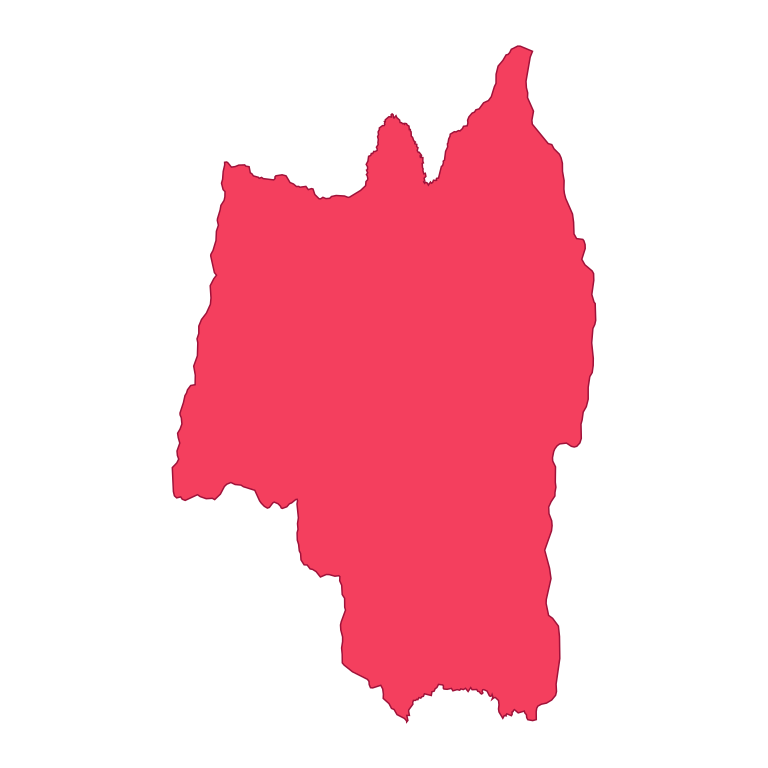 outline of Santa Fe De Antioquia, Antioquia, Colombia
{"feature_id": "7082276B62917896081340", "entity_name": "Santa Fe De Antioquia", "entity_type": "district", "adm_level": 2, "iso_a3": "COL", "parent_name": "Colombia", "parent_adm1": "Antioquia", "projection": "equal_earth", "projection_center": [-75.913, 6.54], "detail": "fine", "context": "isolated", "style": "filled", "palette": "rose", "viewbox_px": 768, "rotation_deg": 0, "n_neighbors": 0, "source": "geoboundaries", "source_scale": "gbopen_adm2", "svg_char_len": 6090}
<svg xmlns="http://www.w3.org/2000/svg" viewBox="0 0 768 768"><path d="M588.2,387.3L589.8,376.6L592.2,372.6L593.2,365.5L593.3,358.4L591.7,342.9L592.9,328.5L594.8,324.5L595.7,320.4L595.2,303.6L594.0,302.0L591.8,294.5L593.8,280.4L593.6,273.6L592.2,271.0L584.9,264.8L581.8,259.3L585.2,248.6L585.1,244.6L583.9,240.8L582.8,239.4L576.6,238.6L574.0,233.9L573.6,222.2L572.5,214.0L565.7,198.5L564.4,193.4L563.9,189.1L564.1,180.6L562.5,171.3L562.4,163.2L561.1,157.9L559.4,154.2L554.0,148.8L551.8,144.6L548.2,143.6L532.3,124.2L531.9,120.2L533.5,111.2L527.5,97.6L527.7,92.9L526.4,87.7L526.0,81.3L530.2,57.1L532.5,51.3L520.3,46.2L517.7,46.1L511.3,49.3L509.7,52.6L508.1,54.4L506.1,54.9L502.9,60.4L498.1,66.1L496.1,74.2L496.0,83.4L494.4,86.6L491.3,96.7L488.4,100.6L483.6,102.8L479.1,108.9L475.9,109.8L474.5,112.1L472.1,113.1L468.9,116.9L467.6,120.2L467.9,123.0L467.2,125.8L463.5,126.3L462.5,128.5L460.0,130.9L458.4,130.6L456.1,131.9L454.3,131.7L450.2,134.2L450.0,136.3L448.7,138.9L448.0,143.0L447.4,143.8L447.7,146.9L445.6,151.3L444.5,160.1L443.2,161.2L443.4,162.8L442.6,165.6L441.4,166.4L438.5,178.1L436.7,178.3L436.3,179.0L436.6,180.2L436.0,180.5L433.5,180.2L432.6,182.5L431.4,183.2L430.5,182.0L428.4,185.1L427.4,183.1L425.5,182.2L424.7,183.3L423.6,181.8L424.7,180.6L424.1,178.2L425.9,176.4L425.3,173.3L423.8,173.8L422.9,170.7L423.1,168.8L422.5,167.7L422.2,163.4L423.4,162.9L422.8,161.2L422.9,157.6L420.4,157.4L420.1,156.0L421.4,156.0L421.5,155.3L419.2,152.3L418.3,152.4L417.2,150.5L418.0,147.7L416.6,146.6L416.8,144.4L414.8,143.7L414.7,142.8L415.4,142.1L413.7,140.7L412.6,137.4L411.3,136.1L411.1,131.8L410.5,131.2L410.3,129.5L409.3,129.6L409.0,126.1L407.3,125.1L406.5,123.7L405.0,123.4L404.4,124.2L404.0,123.5L402.6,123.7L401.6,122.7L400.1,122.5L399.6,120.1L396.8,117.6L396.0,115.7L394.0,118.0L393.5,117.4L393.1,114.7L392.1,113.9L391.1,114.8L391.3,117.0L388.9,116.7L385.3,119.8L385.3,121.3L384.5,121.5L385.0,122.2L384.5,123.3L384.8,124.5L384.1,125.6L382.5,125.6L379.3,128.0L379.4,129.4L378.1,131.9L378.5,134.7L377.6,136.6L378.3,139.4L377.9,142.8L378.2,144.5L376.4,147.2L377.2,148.9L377.1,150.5L374.9,151.6L373.8,151.4L372.7,153.5L371.3,153.5L370.7,155.5L368.6,156.3L367.9,161.2L366.2,164.4L367.6,166.9L367.5,169.5L366.5,170.1L367.7,172.8L366.4,174.7L367.2,175.6L367.8,178.4L367.6,179.8L366.0,181.5L365.6,185.7L360.6,190.4L349.6,197.1L348.1,197.4L344.5,196.0L336.1,195.5L331.5,196.5L329.7,198.3L325.9,198.6L322.9,197.3L320.7,198.8L319.1,198.8L314.8,194.5L313.0,189.0L311.5,188.6L308.3,189.6L305.9,186.4L299.9,187.2L298.7,186.4L296.4,186.5L293.5,184.0L290.0,182.5L286.1,175.9L285.2,175.6L282.1,174.8L275.9,175.8L274.9,177.0L275.1,178.5L273.7,179.9L263.2,178.6L261.6,177.4L259.2,178.3L258.4,177.3L253.4,175.9L251.8,173.7L250.3,172.8L249.1,166.7L245.7,166.1L244.7,164.9L238.8,165.1L235.1,166.6L231.4,167.1L227.7,162.6L226.6,162.0L224.6,162.3L224.7,164.9L223.2,171.4L222.6,179.3L221.5,183.2L223.1,189.6L225.0,191.6L224.9,196.7L224.1,200.4L220.9,205.4L220.1,210.1L217.5,218.7L217.3,220.4L218.4,225.3L216.4,231.2L216.0,240.5L213.0,250.5L210.9,254.3L210.7,255.9L214.4,272.6L216.5,275.2L213.8,278.7L210.2,285.7L211.0,298.0L210.4,304.3L206.4,313.1L201.5,319.5L198.8,326.1L198.8,333.5L197.0,338.9L197.8,342.8L197.4,355.8L193.7,366.1L195.3,375.1L195.1,384.7L190.7,385.5L187.5,389.8L186.5,393.1L185.0,395.5L183.4,402.7L180.0,413.0L180.1,414.9L181.3,417.8L181.9,424.0L180.0,429.2L177.6,433.2L178.2,437.5L179.8,443.1L177.0,451.0L177.4,455.5L178.7,459.1L176.8,462.9L172.3,467.6L173.4,491.6L174.4,495.8L176.7,497.9L180.7,496.9L182.2,499.2L185.2,500.4L197.5,494.7L200.2,496.6L206.2,498.7L212.3,498.3L214.7,499.6L220.4,494.1L224.4,486.5L226.8,484.2L230.9,482.5L235.1,484.5L241.0,485.1L243.4,486.7L254.8,490.3L259.6,500.8L261.3,503.2L264.3,506.3L267.4,508.1L269.4,507.4L272.8,502.9L274.2,502.1L278.0,503.7L280.3,506.0L281.3,508.0L282.4,508.4L286.8,506.8L289.4,503.8L291.6,502.9L295.8,499.5L297.2,499.3L297.5,500.9L297.0,504.0L298.4,517.9L297.5,523.6L298.0,529.3L297.1,532.8L297.3,540.2L298.6,544.4L299.3,550.9L300.6,553.5L301.0,559.9L304.1,564.8L307.2,565.0L310.1,568.9L312.6,569.4L316.1,571.6L320.4,577.0L326.3,574.5L329.3,574.6L334.9,576.2L338.8,575.7L339.9,576.6L339.7,580.8L341.7,585.3L342.2,594.5L344.6,598.3L344.7,607.2L345.5,610.1L341.2,621.9L340.5,625.0L340.8,630.0L342.6,636.9L342.6,641.6L341.6,648.0L342.2,654.5L342.3,662.9L344.2,665.2L352.5,671.8L367.4,679.3L369.0,681.4L369.2,684.6L370.5,687.7L372.7,687.9L380.8,685.3L382.7,688.9L383.4,694.2L383.2,698.4L389.0,703.6L391.5,708.4L394.1,709.5L397.0,714.6L404.4,718.4L406.6,720.9L406.7,721.9L407.9,720.4L406.8,715.4L409.4,715.4L408.6,711.1L408.8,709.8L412.9,704.2L412.7,702.6L413.4,700.4L415.5,700.4L416.8,699.3L417.8,699.7L418.9,697.6L420.8,698.1L421.6,696.9L423.4,696.3L424.4,693.8L431.3,695.5L431.9,691.8L434.2,691.1L435.1,688.8L436.9,687.5L438.5,684.4L442.7,684.9L443.4,685.9L443.3,688.2L443.9,689.0L447.1,689.3L451.4,688.4L452.9,690.8L457.1,689.6L459.7,690.2L460.8,688.9L463.4,689.6L465.5,688.3L468.1,691.5L470.7,687.6L472.1,689.7L476.7,689.5L477.8,691.3L479.5,691.8L480.5,693.4L481.7,694.0L482.9,692.9L482.1,691.3L482.7,689.8L483.9,689.6L487.1,691.1L489.3,695.6L490.2,696.3L491.7,695.9L492.1,694.6L492.9,697.0L492.1,699.2L493.8,697.8L495.4,697.5L498.5,700.5L499.0,704.8L498.5,709.0L499.0,712.0L502.8,718.3L504.3,715.6L506.2,715.8L506.0,714.9L506.8,713.8L511.4,715.7L512.2,714.2L512.0,712.1L513.1,711.6L513.4,710.5L514.4,709.6L518.2,712.9L524.3,711.1L524.9,713.0L526.4,714.7L526.7,717.6L527.8,719.7L532.7,720.6L536.3,719.6L536.2,711.7L536.7,708.3L537.9,706.1L541.4,704.2L546.5,703.1L551.7,700.0L555.6,695.3L556.5,691.5L556.1,684.1L559.8,658.5L559.5,636.5L558.4,626.1L552.6,618.3L548.6,615.4L546.1,603.4L546.3,599.4L551.0,578.6L549.5,568.1L544.7,550.2L551.5,530.9L552.1,525.7L551.7,520.8L549.0,513.7L548.7,507.0L551.1,501.7L554.9,496.0L555.0,492.3L555.9,487.2L555.3,482.2L555.5,466.8L552.7,461.0L552.5,457.7L553.7,451.6L554.8,448.9L557.1,445.8L559.7,443.9L566.5,443.1L571.3,446.3L574.2,447.0L576.8,446.3L579.9,442.9L581.3,438.4L581.0,424.1L582.1,420.1L583.2,412.1L586.3,406.7L588.2,399.2L588.2,387.3Z" fill="#f43f5e" stroke="#9f1239" stroke-width="1.5"/></svg>